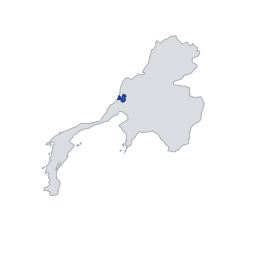 Mueang Kanchanaburi, Kanchanaburi, Thailand shown in context, rotated 51°
{"feature_id": "78962969B12534371599047", "entity_name": "Mueang Kanchanaburi", "entity_type": "district", "adm_level": 2, "iso_a3": "THA", "parent_name": "Thailand", "parent_adm1": "Kanchanaburi", "projection": "natural_earth1", "projection_center": [99.271, 14.051], "detail": "fine", "context": "in_parent", "style": "filled", "palette": "blue", "viewbox_px": 256, "rotation_deg": 51, "n_neighbors": 0, "source": "geoboundaries", "source_scale": "gbopen_adm2", "svg_char_len": 5759}
<svg xmlns="http://www.w3.org/2000/svg" viewBox="0 0 256 256"><g transform="rotate(51 128 128)"><path d="M111.2,24.9L111.4,25.9L112.3,24.6L113.5,23.9L115.9,26.9L116.2,28.2L114.5,32.9L114.7,34.5L115.9,35.7L117.2,36.5L118.6,36.3L121.3,34.9L124.2,35.8L124.1,38.9L125.1,43.9L123.7,49.0L122.3,51.5L123.4,53.7L123.5,55.7L120.7,63.7L121.2,64.3L123.0,65.1L123.8,64.9L126.7,61.8L130.0,59.3L131.1,57.3L133.1,56.6L135.0,54.8L139.3,58.0L140.4,58.3L141.0,58.8L141.2,60.1L141.7,60.3L143.5,58.5L146.4,57.4L147.5,54.6L148.9,53.8L148.8,52.5L149.2,52.0L151.6,51.8L155.3,53.3L156.6,53.6L157.2,53.2L163.0,62.0L166.7,65.4L167.7,67.7L166.9,73.6L167.0,76.9L167.8,79.5L169.4,81.3L170.6,83.8L174.9,86.3L174.6,86.9L174.9,88.5L177.6,90.3L177.8,91.0L177.5,93.3L176.3,95.1L176.0,96.6L176.0,98.5L176.7,101.2L175.9,106.9L174.3,108.5L172.2,109.7L171.1,111.2L170.3,110.8L169.8,109.2L167.5,108.4L163.1,109.2L160.9,108.8L157.9,109.3L155.0,109.1L153.3,108.5L148.4,109.7L146.4,110.8L144.9,112.5L142.8,116.6L140.6,119.2L140.6,120.3L137.9,120.9L138.0,124.5L139.6,128.3L140.1,133.2L143.2,136.7L142.6,139.1L143.0,141.4L145.4,146.9L143.6,144.3L143.3,142.5L141.2,139.8L140.6,141.2L138.2,139.1L137.2,137.1L136.8,138.0L134.4,135.2L132.0,133.6L130.7,133.0L127.3,133.9L123.0,133.2L121.4,133.9L120.7,133.5L120.3,132.6L121.4,122.4L117.7,121.2L117.1,120.5L116.3,121.3L112.6,121.7L110.0,123.6L109.7,125.1L110.9,127.9L109.4,132.9L109.9,137.7L109.7,140.3L107.8,143.6L107.4,146.3L105.3,150.3L103.9,155.4L103.6,158.4L101.1,162.9L100.6,165.5L99.7,166.5L100.0,168.5L99.6,174.7L101.2,179.2L100.8,181.4L102.5,182.1L106.5,180.7L107.8,181.0L108.7,183.5L109.7,190.9L111.4,193.2L111.8,192.1L112.6,193.2L113.2,195.4L115.4,207.1L116.5,210.2L115.2,209.4L114.5,205.7L113.3,205.6L113.7,203.2L113.0,202.4L111.8,203.1L111.8,204.9L115.0,210.7L117.0,210.9L119.5,213.4L122.2,215.3L125.7,214.7L128.1,215.3L129.5,216.8L131.8,220.8L135.4,224.1L134.9,226.1L133.4,227.8L132.7,229.9L131.7,230.6L130.3,230.6L128.8,228.8L125.2,230.5L124.4,232.2L123.4,232.6L121.8,230.7L121.9,229.7L123.0,228.1L122.7,224.1L120.5,224.0L119.0,221.0L118.6,220.7L117.5,221.2L114.1,219.7L113.0,217.8L112.0,218.0L111.3,221.2L108.2,216.9L106.1,215.1L106.4,211.9L105.0,211.2L104.4,210.3L104.9,208.3L103.0,208.6L102.0,208.1L100.9,204.6L99.9,203.2L98.6,203.2L98.2,202.5L98.3,200.8L95.1,198.4L94.1,195.6L92.6,194.4L91.6,194.7L90.6,196.7L89.9,196.6L89.2,196.0L88.4,193.3L88.5,188.4L89.5,185.5L90.0,181.0L91.5,177.2L94.6,166.0L94.7,161.6L100.0,155.4L103.5,148.2L104.6,147.1L105.1,145.8L103.3,140.0L102.5,136.0L102.6,135.0L100.4,132.2L99.8,129.1L99.2,128.1L99.0,127.1L99.8,125.3L99.3,118.4L96.9,113.7L92.5,109.3L88.6,102.9L88.1,100.6L87.9,97.4L91.1,95.2L92.4,95.1L92.8,85.4L95.5,83.5L96.1,82.7L96.4,81.1L95.7,80.2L94.0,81.8L93.6,81.4L91.4,75.7L91.0,72.3L82.2,60.6L82.6,58.7L81.3,53.7L80.0,53.6L79.1,52.7L78.2,50.4L79.9,50.7L82.7,49.4L82.2,44.6L83.4,41.7L83.5,37.1L85.6,34.3L85.9,33.0L87.1,32.8L88.6,33.8L90.2,33.8L96.7,32.6L97.6,31.4L98.0,28.8L98.6,28.0L100.1,27.8L101.8,28.3L103.5,27.3L103.2,24.3L106.3,24.8L108.4,23.4L111.2,24.9ZM90.8,198.0L90.4,201.7L89.1,202.4L88.7,200.3L89.4,196.9L89.8,197.7L90.8,198.0ZM110.7,176.8L110.5,178.6L109.4,179.2L109.1,177.2L110.7,176.8ZM137.9,140.7L139.3,143.2L137.7,143.0L137.4,140.6L137.9,140.7ZM105.7,220.1L105.1,219.1L105.6,217.4L106.2,219.4L105.7,220.1ZM92.9,198.4L92.6,200.4L92.0,197.7L92.9,198.4ZM110.7,175.3L110.1,175.1L109.6,173.9L110.4,173.9L110.7,175.3ZM98.2,204.4L98.9,206.7L98.1,205.6L98.2,204.4ZM141.4,147.3L141.2,148.8L140.5,148.1L141.0,147.1L141.4,147.3ZM89.3,184.0L88.6,184.5L89.2,183.1L89.3,184.0Z" fill="#d9dde1" stroke="#a8b0b8" stroke-width="1"/><path d="M102.0,110.3L101.9,110.3L101.9,110.2L101.7,109.9L101.4,109.8L101.3,109.6L101.1,109.5L100.9,109.6L100.7,109.6L100.4,109.7L100.3,109.8L100.2,109.9L99.9,110.0L100.0,110.0L100.0,110.3L100.1,110.5L99.7,110.5L99.6,110.4L99.4,110.4L99.2,110.5L99.3,110.6L99.4,110.8L99.4,111.0L99.4,111.3L99.5,111.5L99.8,111.6L99.9,111.8L100.0,111.8L100.1,112.0L100.1,112.3L100.3,112.4L100.3,112.5L100.5,112.7L100.4,112.8L100.6,113.0L100.8,113.0L100.8,112.9L100.8,113.0L101.0,113.2L100.9,113.2L101.0,113.2L101.1,113.3L101.4,113.4L101.5,113.5L101.5,113.8L101.5,114.0L101.3,114.2L101.3,114.3L101.2,114.4L101.1,114.6L101.1,114.8L100.9,114.8L100.9,114.7L100.8,114.8L100.7,114.9L100.7,114.7L100.4,114.7L100.3,114.8L100.2,114.9L100.1,115.1L99.8,115.1L99.8,115.3L99.7,115.3L99.8,115.4L99.8,115.5L99.7,115.5L99.3,115.4L99.2,115.3L99.1,115.2L98.9,115.2L98.7,114.9L98.6,114.7L98.4,114.7L98.3,114.8L98.2,114.8L98.3,114.9L98.2,114.9L98.2,115.0L98.2,114.9L98.1,115.0L97.9,115.2L98.0,115.2L98.3,115.3L98.4,115.5L98.5,115.6L98.5,115.8L98.7,116.0L98.8,115.9L98.8,116.0L98.9,115.9L99.0,115.9L99.0,116.0L99.0,116.3L98.9,116.4L98.9,116.5L98.9,116.8L99.0,116.8L99.1,117.0L99.1,117.3L99.1,117.5L99.3,117.7L99.4,117.8L99.5,117.8L99.5,117.7L99.7,117.4L99.8,117.3L99.9,117.2L99.8,116.9L99.8,116.7L99.9,116.4L99.9,116.2L100.0,116.1L100.3,116.2L100.3,116.3L100.6,116.2L100.8,116.0L100.9,115.9L100.9,115.7L101.0,115.7L101.0,115.4L101.2,115.2L101.3,115.1L101.5,115.1L101.6,115.3L101.7,115.2L101.8,115.2L101.9,115.3L102.0,115.3L102.1,115.2L102.5,115.3L102.8,115.3L102.9,115.5L103.0,115.5L103.1,115.4L103.1,115.5L103.3,115.8L103.5,115.8L103.5,115.7L103.5,115.8L103.6,115.7L103.7,115.8L103.9,115.7L104.2,115.7L104.5,115.6L104.6,115.4L104.5,115.2L104.4,114.9L104.3,114.7L104.4,114.4L104.5,114.3L104.7,114.2L104.8,114.1L104.8,113.9L104.7,113.7L104.5,113.4L104.4,113.3L104.5,113.1L104.6,112.9L104.6,112.7L104.4,112.6L104.2,112.5L104.1,112.4L103.9,112.4L103.7,112.4L103.4,112.4L103.2,112.3L103.1,112.1L103.0,111.9L103.0,111.7L102.8,111.6L102.6,111.6L102.4,111.4L102.3,111.2L102.2,111.2L101.9,111.0L101.8,110.8L101.8,110.7L101.9,110.4L102.0,110.4L102.0,110.3Z" fill="#3b82f6" stroke="#1e3a8a" stroke-width="1.5"/></g></svg>